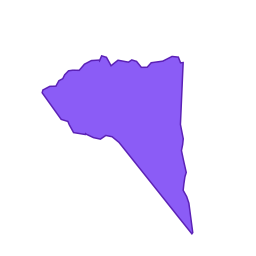 the district of St Phillip, Soufrière, Saint Lucia, rotated 107°
{"feature_id": "8701671B24452545338403", "entity_name": "St Phillip", "entity_type": "district", "adm_level": 2, "iso_a3": "LCA", "parent_name": "Saint Lucia", "parent_adm1": "Soufrière", "projection": "orthographic", "projection_center": [-61.028, 13.844], "detail": "fine", "context": "isolated", "style": "filled", "palette": "violet", "viewbox_px": 256, "rotation_deg": 107, "n_neighbors": 0, "source": "geoboundaries", "source_scale": "gbopen_adm2", "svg_char_len": 869}
<svg xmlns="http://www.w3.org/2000/svg" viewBox="0 0 256 256"><g transform="rotate(107 128 128)"><path d="M210.5,36.0L209.1,35.5L182.1,47.8L176.5,51.8L171.5,57.0L165.3,58.2L158.0,59.3L153.5,59.3L142.3,65.7L133.9,70.3L127.8,70.9L122.2,72.0L109.3,78.9L49.3,94.4L50.3,96.8L45.5,100.6L46.7,106.8L53.9,114.3L58.8,124.9L64.3,127.4L66.1,133.0L61.8,139.3L61.8,144.3L64.9,146.8L66.1,157.4L69.7,159.9L73.4,162.4L73.2,162.6L66.7,169.3L66.7,172.2L66.7,174.3L71.3,174.8L72.1,174.9L71.5,175.5L74.2,182.7L79.7,188.3L87.1,191.5L88.9,197.8L90.7,201.6L95.6,204.1L99.9,204.8L103.0,207.9L109.1,209.2L111.0,214.9L116.5,220.5L119.4,220.4L139.3,194.4L139.3,187.4L142.1,185.1L148.3,178.7L147.8,175.1L146.7,166.9L145.9,166.9L146.1,166.4L147.3,158.2L146.7,151.1L141.6,147.0L141.0,140.6L144.4,132.4L174.9,87.9L199.3,52.4L210.5,36.0Z" fill="#8b5cf6" stroke="#5b21b6" stroke-width="1.5"/></g></svg>